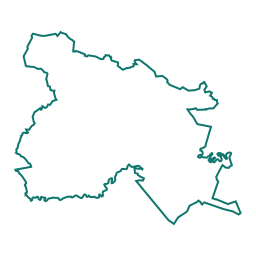 Madlienas pag., Ogre, Latvia
{"feature_id": "27541924B46168997034550", "entity_name": "Madlienas pag.", "entity_type": "district", "adm_level": 2, "iso_a3": "LVA", "parent_name": "Latvia", "parent_adm1": "Ogre", "projection": "mercator", "projection_center": [25.197, 56.816], "detail": "fine", "context": "isolated", "style": "outline", "palette": "teal", "viewbox_px": 256, "rotation_deg": 0, "n_neighbors": 0, "source": "geoboundaries", "source_scale": "gbopen_adm2", "svg_char_len": 5788}
<svg xmlns="http://www.w3.org/2000/svg" viewBox="0 0 256 256"><path d="M139.1,59.6L136.5,60.1L135.3,60.0L134.9,60.6L134.9,60.8L134.6,61.1L134.6,61.3L135.3,62.7L136.6,64.2L133.6,64.0L133.9,65.1L133.5,66.3L133.3,66.5L131.6,66.7L129.9,67.8L128.2,67.8L127.4,68.2L127.2,68.1L126.5,68.1L123.0,69.8L117.7,65.8L117.8,64.7L118.1,63.8L117.9,62.4L112.8,60.8L112.0,60.7L110.9,59.3L111.3,57.7L110.9,56.8L110.0,57.0L109.2,55.5L107.8,55.3L106.5,55.4L105.7,55.1L105.4,56.1L104.0,57.2L103.4,59.0L102.3,59.1L100.4,58.9L95.7,56.5L88.3,55.3L87.0,56.5L84.7,55.7L85.0,54.4L82.2,53.2L81.3,53.0L79.8,52.2L75.8,50.9L74.9,51.6L73.2,51.4L74.1,41.5L73.5,41.4L72.5,40.2L70.3,39.0L68.5,37.5L67.3,36.2L66.4,34.5L65.8,34.0L65.3,34.0L61.7,32.8L60.6,32.1L57.5,36.0L55.7,33.8L44.8,35.9L40.8,35.7L33.0,33.7L31.6,35.6L32.1,37.7L27.4,46.6L27.8,48.8L23.6,56.3L25.7,65.0L25.6,65.4L26.3,66.3L27.0,66.5L28.2,66.2L30.3,66.8L32.7,66.8L34.3,67.2L35.7,67.7L37.5,68.9L40.7,68.7L42.6,70.1L43.5,71.1L43.7,71.7L44.5,72.3L46.7,72.8L47.5,73.7L46.2,79.2L46.5,79.7L47.2,82.6L47.9,86.0L49.8,86.5L50.5,90.0L52.6,90.7L54.4,90.7L53.9,92.7L55.1,97.1L56.0,99.4L56.4,99.8L52.5,101.2L50.1,104.8L48.1,104.5L47.6,105.7L47.0,106.9L45.1,108.0L42.4,106.2L42.3,107.4L41.4,109.6L40.7,109.6L40.1,108.2L39.2,109.0L34.4,112.3L33.6,114.5L32.6,116.5L33.9,122.3L34.7,123.0L34.6,123.5L34.0,124.5L31.4,126.3L29.2,129.7L26.1,129.5L26.9,131.5L28.0,132.5L27.8,132.8L26.9,133.2L24.6,132.8L24.0,132.5L22.5,133.3L22.3,135.0L21.0,136.0L21.3,136.7L20.5,138.1L20.0,140.9L19.4,141.7L18.1,144.8L17.6,148.0L17.1,148.6L16.6,148.9L16.3,149.9L16.6,152.1L16.1,152.7L16.5,152.8L17.1,153.7L19.2,154.2L20.2,154.9L20.8,156.2L23.0,157.0L24.4,157.9L26.7,160.7L28.5,163.3L29.9,163.6L31.0,165.8L31.2,166.8L15.4,169.7L15.9,170.8L18.4,171.4L18.9,173.0L21.0,175.0L22.6,176.9L26.0,182.2L26.0,183.6L25.1,184.4L24.8,185.1L25.9,187.2L26.9,191.4L26.8,192.6L25.4,193.3L25.3,193.7L25.9,194.4L25.7,195.3L26.2,195.2L26.9,195.6L28.0,197.2L29.7,198.3L30.5,199.4L30.8,200.7L31.4,200.7L32.0,200.2L32.5,198.0L33.3,197.4L35.5,197.8L37.1,196.7L38.0,197.1L38.4,197.8L38.6,199.0L39.8,199.9L40.1,199.9L40.8,199.3L41.0,198.8L40.8,197.7L41.2,197.0L42.0,196.9L43.5,197.7L45.1,197.7L45.3,197.8L45.3,198.4L45.2,198.8L44.4,199.7L44.5,200.5L45.1,201.0L45.8,201.0L46.9,200.5L48.2,198.9L48.8,198.5L51.5,198.1L53.2,197.5L54.6,197.9L56.2,197.8L58.4,198.1L59.0,199.4L59.3,199.7L60.0,200.0L61.0,199.8L61.9,199.3L62.6,198.6L67.4,196.7L69.2,196.8L70.9,196.5L71.9,197.5L72.3,197.5L75.6,195.4L76.8,195.6L78.7,196.9L81.1,198.1L82.1,197.8L82.5,197.4L84.1,194.7L84.9,194.4L85.8,194.9L86.4,196.4L87.1,196.9L87.9,196.6L88.7,195.6L89.1,195.7L89.8,196.8L91.2,197.1L94.4,196.8L96.6,197.9L98.4,197.6L99.2,197.1L99.2,196.2L99.1,195.4L99.2,194.8L99.4,194.5L100.3,194.9L101.2,196.0L102.0,196.5L102.5,196.2L103.0,195.2L102.6,193.1L102.9,191.9L103.2,191.4L105.7,190.4L106.9,189.5L107.0,189.1L106.9,188.7L105.3,186.6L104.3,184.7L104.3,184.4L104.7,184.1L106.3,183.9L108.2,183.3L108.6,181.9L108.5,181.3L108.7,180.1L110.0,178.9L111.0,178.3L111.6,178.3L112.1,178.5L112.2,179.3L111.6,181.7L111.6,182.7L111.7,183.2L112.2,183.2L113.0,182.8L114.9,180.8L115.2,180.2L115.3,179.3L114.9,177.2L115.5,175.9L116.1,175.1L116.5,173.4L116.8,172.9L117.8,172.2L120.5,171.2L120.8,170.8L121.7,169.1L122.0,168.9L125.5,169.2L126.7,168.9L127.0,168.4L127.5,166.6L127.9,165.6L129.0,164.5L131.5,166.8L133.3,166.9L138.0,165.7L139.2,166.1L141.5,168.2L142.5,168.8L142.3,169.4L141.2,168.6L139.3,168.8L134.4,168.2L134.6,169.5L135.0,172.9L137.8,173.8L138.0,175.1L140.6,176.8L143.9,178.3L143.0,180.5L139.3,180.3L136.2,181.0L168.1,219.7L168.8,220.4L173.9,223.9L178.2,217.3L186.4,212.0L187.5,210.6L189.5,205.8L197.1,201.9L198.4,200.6L200.8,202.4L200.7,202.9L202.1,204.5L204.1,202.5L204.5,202.5L223.5,209.1L232.9,211.4L238.6,214.5L240.6,213.1L235.7,201.4L228.0,204.1L216.1,199.2L215.7,199.4L212.5,198.3L218.2,181.5L216.9,179.7L216.2,177.0L218.3,172.8L222.5,165.1L225.8,167.7L228.9,167.8L230.0,166.3L231.9,165.3L230.3,160.6L230.2,160.5L229.4,157.4L231.0,154.0L231.1,153.3L230.7,152.9L230.0,152.5L228.5,152.7L227.1,153.4L226.5,154.2L226.2,154.7L226.0,155.5L226.1,156.4L226.9,157.8L227.0,158.4L226.8,158.8L226.2,159.0L224.4,157.3L224.1,156.7L223.9,155.1L223.1,154.3L222.2,154.2L221.7,154.7L221.9,155.4L220.7,155.8L220.3,155.7L220.0,155.3L220.1,154.6L220.7,153.6L220.6,153.2L219.6,153.0L218.2,153.2L217.4,154.0L217.6,154.6L217.8,155.0L220.4,156.6L221.1,157.4L221.7,159.2L221.6,160.1L220.8,161.2L219.8,161.2L218.0,159.4L217.3,159.2L216.7,159.5L216.0,160.3L214.5,162.2L214.1,162.3L213.7,162.3L212.7,161.4L212.7,160.9L213.9,158.9L214.8,158.3L215.0,157.8L214.7,157.5L214.1,157.6L213.2,158.3L212.0,158.9L211.3,159.7L210.7,160.6L210.9,161.9L210.8,162.2L210.2,162.2L209.7,161.8L208.7,160.5L208.6,160.0L208.7,159.6L210.1,158.0L210.4,157.5L210.5,156.3L210.7,155.9L211.2,155.2L211.9,154.8L212.4,154.1L212.0,153.1L211.6,153.2L210.2,154.6L209.3,156.0L207.8,156.6L206.9,157.6L203.4,157.4L201.9,156.6L201.4,156.7L200.4,157.7L199.5,157.7L198.4,157.2L198.0,156.5L198.1,156.1L199.2,155.2L200.2,154.7L201.1,155.3L201.5,155.4L202.5,154.3L202.7,152.8L202.5,152.0L201.8,151.1L200.3,150.4L200.5,149.8L200.4,149.2L200.6,148.7L201.8,148.5L204.7,147.0L205.4,146.3L206.0,143.6L211.0,126.8L197.3,124.1L192.9,116.5L190.8,114.3L187.5,109.4L190.5,109.4L194.1,108.8L195.8,108.2L197.0,109.8L203.3,109.7L205.7,109.1L205.9,109.6L208.9,108.5L213.3,108.4L217.7,103.5L216.9,101.9L217.0,100.6L217.0,100.2L214.7,99.9L214.2,98.9L212.8,98.8L212.3,96.9L210.1,95.7L211.9,92.8L209.4,91.4L205.4,92.4L205.1,92.1L204.4,89.6L206.7,86.4L204.3,82.0L203.9,82.1L202.9,83.3L202.7,83.1L200.4,84.3L199.7,86.6L199.4,88.6L196.0,89.8L194.3,90.2L188.4,90.6L182.7,87.2L180.2,89.2L169.5,84.7L167.1,81.9L167.6,80.4L166.8,79.2L162.6,76.0L156.1,76.5L154.6,71.8L149.2,67.4L147.4,65.7L139.1,59.6Z" fill="none" stroke="#0f766e" stroke-width="2"/></svg>